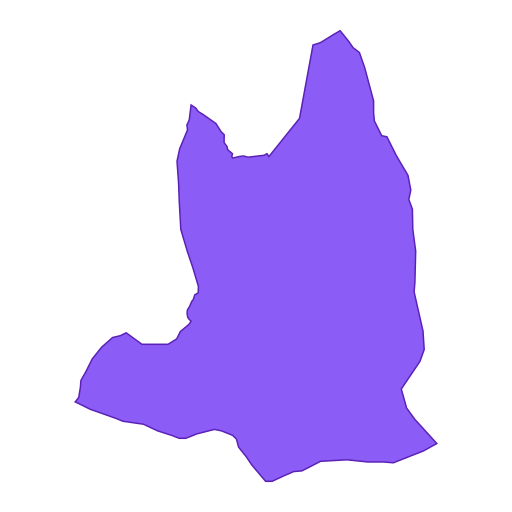 the district of Kontagora, Niger, Nigeria
{"feature_id": "59680162B51611927546147", "entity_name": "Kontagora", "entity_type": "district", "adm_level": 2, "iso_a3": "NGA", "parent_name": "Nigeria", "parent_adm1": "Niger", "projection": "equal_earth", "projection_center": [5.445, 10.449], "detail": "fine", "context": "isolated", "style": "filled", "palette": "violet", "viewbox_px": 512, "rotation_deg": 0, "n_neighbors": 0, "source": "geoboundaries", "source_scale": "gbopen_adm2", "svg_char_len": 1580}
<svg xmlns="http://www.w3.org/2000/svg" viewBox="0 0 512 512"><path d="M75.2,401.9L90.5,409.4L116.5,418.6L123.0,421.3L143.4,424.2L157.7,430.9L167.0,433.9L171.5,435.3L179.2,438.3L185.8,438.3L196.8,433.9L214.4,429.4L221.5,430.9L232.5,435.3L236.4,439.0L238.6,447.2L241.4,450.7L246.3,456.8L251.8,465.0L261.2,476.1L265.6,481.3L272.2,481.3L283.2,476.1L293.6,471.6L300.3,471.0L301.9,470.9L320.6,461.3L347.0,459.8L368.0,462.0L383.9,462.0L393.3,462.8L423.5,450.9L436.8,443.5L414.6,419.1L406.6,408.0L401.3,389.0L420.0,361.3L424.2,349.5L423.0,331.0L417.2,305.6L414.1,291.8L414.9,282.6L415.7,251.2L412.8,229.3L412.4,209.1L408.8,199.4L410.8,190.2L410.6,189.0L408.0,175.4L399.8,161.5L396.2,155.3L386.9,136.8L381.7,135.7L374.4,121.0L373.6,112.8L373.6,100.9L364.7,67.7L359.4,52.5L353.0,47.6L348.9,41.6L340.1,30.7L334.4,34.0L320.3,42.7L313.0,45.0L299.5,118.4L268.9,156.6L267.0,153.7L264.0,155.3L247.9,157.2L243.8,156.0L239.9,156.4L232.8,158.0L231.8,156.5L232.5,153.8L227.6,149.6L227.1,146.6L224.1,142.6L224.2,134.7L221.1,131.7L216.0,123.6L203.7,114.9L198.2,111.5L195.8,108.1L191.1,105.0L189.2,120.0L186.9,125.0L187.5,129.9L179.7,148.7L177.0,161.2L178.6,183.5L179.2,200.5L180.8,229.4L184.0,240.2L187.4,251.6L192.9,267.9L198.4,286.4L198.2,292.9L194.8,294.8L193.1,299.9L191.8,301.3L189.4,306.9L187.7,309.3L187.2,311.2L187.1,313.6L187.7,317.3L189.4,319.6L191.1,321.2L189.1,324.2L180.3,331.6L176.7,338.9L168.0,344.3L141.9,344.3L126.2,332.8L120.2,335.7L112.6,337.5L101.6,347.2L92.2,359.0L85.9,371.6L80.9,380.5L80.4,387.2L78.7,397.5L75.2,401.9Z" fill="#8b5cf6" stroke="#5b21b6" stroke-width="1.5"/></svg>